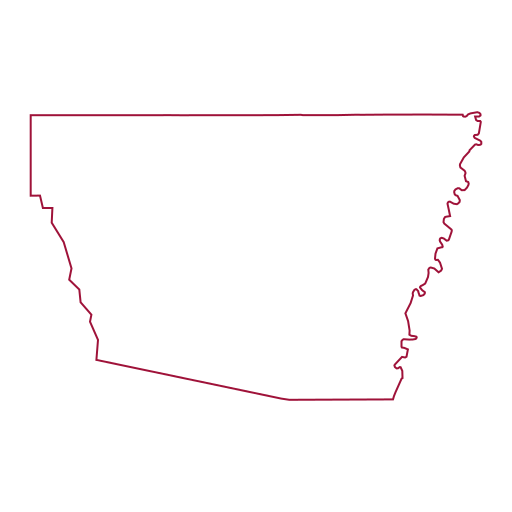 outline of Washington, Louisiana, United States of America
{"feature_id": "52423323B43439565608947", "entity_name": "Washington", "entity_type": "district", "adm_level": 2, "iso_a3": "USA", "parent_name": "United States of America", "parent_adm1": "Louisiana", "projection": "albers", "projection_center": [-89.849, 30.835], "detail": "fine", "context": "isolated", "style": "outline", "palette": "rose", "viewbox_px": 512, "rotation_deg": 0, "n_neighbors": 0, "source": "geoboundaries", "source_scale": "gbopen_adm2", "svg_char_len": 2618}
<svg xmlns="http://www.w3.org/2000/svg" viewBox="0 0 512 512"><path d="M402.2,114.6L387.0,114.6L360.9,114.8L357.4,114.7L338.8,115.1L335.9,115.1L302.7,115.1L300.8,114.8L279.1,115.1L266.9,115.1L261.5,115.2L246.1,115.2L189.7,115.2L187.5,115.3L163.6,115.1L163.3,115.2L141.8,115.2L94.4,115.2L31.6,115.2L30.7,115.2L30.7,195.7L40.0,195.6L42.9,208.0L52.4,208.0L51.7,222.7L63.7,242.1L71.5,268.4L69.2,279.7L79.3,289.5L80.6,302.3L91.4,314.7L90.0,321.7L98.0,339.9L96.4,359.9L281.3,398.6L289.3,399.8L393.0,399.4L394.0,396.0L395.6,392.0L401.6,378.6L402.5,378.1L402.3,370.9L400.6,367.2L399.7,367.1L398.0,368.3L396.6,368.4L394.9,367.0L394.4,365.3L395.0,364.4L402.0,356.9L405.1,357.5L406.5,356.7L407.9,349.4L404.3,347.9L401.9,347.5L401.5,346.7L401.5,341.2L402.3,340.2L402.6,339.8L403.7,339.2L409.3,339.6L412.7,339.5L415.6,339.0L416.3,338.4L416.7,337.2L416.2,336.6L414.1,336.1L411.3,335.8L409.4,334.7L409.6,330.5L408.1,321.1L405.4,313.3L410.6,303.1L413.0,295.5L412.7,293.3L413.0,292.2L414.4,289.9L415.6,289.2L416.4,289.2L418.2,291.1L418.5,292.6L419.2,294.4L419.5,295.6L420.6,296.0L423.4,295.1L424.6,293.8L424.9,292.9L424.8,292.1L423.8,291.4L423.2,291.0L422.1,290.1L420.4,288.0L420.0,287.5L420.2,286.7L421.0,285.9L422.4,285.3L425.0,283.7L425.4,283.1L428.0,277.0L428.6,273.0L428.3,269.6L429.3,268.1L430.2,267.6L430.8,267.5L434.3,268.5L438.6,272.3L441.1,270.6L442.0,268.8L440.0,262.6L437.9,259.8L436.0,260.0L435.3,259.5L435.0,258.6L435.5,253.6L437.4,248.4L441.0,247.4L442.4,247.2L442.7,246.6L442.2,244.7L440.1,241.6L439.7,240.3L439.9,239.0L440.4,238.3L441.7,237.8L443.8,238.5L446.7,240.7L448.3,240.3L448.9,239.5L451.6,231.7L451.8,230.2L451.4,229.5L444.3,223.6L443.5,222.1L443.9,218.9L445.0,217.1L446.2,216.7L450.1,216.1L448.7,209.3L447.5,203.7L447.9,202.5L448.7,201.8L449.9,201.6L453.7,203.7L456.9,204.2L458.3,203.3L459.6,201.9L459.8,200.1L457.5,195.8L456.2,195.5L454.8,194.5L454.2,192.3L454.3,191.0L455.5,189.4L457.8,188.2L459.3,188.3L461.7,190.2L464.6,190.1L467.0,187.6L468.4,185.0L468.7,183.6L468.2,182.0L466.0,181.2L464.6,175.8L465.5,173.2L465.4,172.3L464.6,170.7L460.4,167.5L459.9,165.5L460.0,164.2L463.8,157.4L469.3,151.5L469.6,150.2L475.0,144.6L476.3,144.3L478.1,145.0L479.6,144.9L480.6,144.6L481.3,143.9L481.3,141.9L480.3,140.7L474.7,137.9L473.9,136.5L474.1,135.7L474.8,135.0L477.6,134.8L478.8,133.5L479.2,131.4L480.8,121.9L480.2,121.0L477.6,121.0L476.1,120.0L475.1,116.5L479.1,116.5L480.5,115.5L480.5,114.3L480.5,114.2L479.4,112.9L477.3,112.2L470.5,113.4L468.1,114.4L466.6,116.1L465.2,116.7L463.5,116.5L463.0,116.1L462.7,114.7L416.3,114.5L410.4,114.6L402.4,114.6L402.2,114.6Z" fill="none" stroke="#9f1239" stroke-width="2"/></svg>